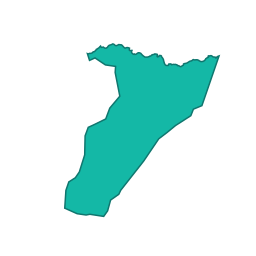 Fray Marcos, Florida, Uruguay (Robinson projection), rotated 199°
{"feature_id": "84410073B87921913847121", "entity_name": "Fray Marcos", "entity_type": "district", "adm_level": 2, "iso_a3": "URY", "parent_name": "Uruguay", "parent_adm1": "Florida", "projection": "robinson", "projection_center": [-55.745, -34.114], "detail": "fine", "context": "isolated", "style": "filled", "palette": "teal", "viewbox_px": 256, "rotation_deg": 199, "n_neighbors": 0, "source": "geoboundaries", "source_scale": "gbopen_adm2", "svg_char_len": 4702}
<svg xmlns="http://www.w3.org/2000/svg" viewBox="0 0 256 256"><g transform="rotate(199 128 128)"><path d="M180.6,196.5L181.1,195.6L181.5,194.5L182.3,193.5L182.9,192.5L183.5,192.2L183.7,191.1L184.3,189.9L184.8,189.1L185.7,188.7L186.2,187.5L187.3,186.5L188.6,186.1L189.7,185.1L190.6,185.1L186.4,179.4L182.0,183.5L169.9,180.3L159.8,182.2L158.2,176.3L146.1,155.4L151.7,140.9L152.0,129.3L162.1,119.2L165.8,115.7L166.0,106.6L160.2,88.5L159.7,70.6L161.6,63.8L166.4,57.8L166.4,48.8L161.7,31.6L148.2,30.4L139.3,32.1L136.0,34.0L122.2,36.5L120.3,43.0L121.0,54.2L115.1,62.4L114.6,66.8L102.4,101.9L95.4,127.8L89.8,136.2L83.8,145.9L72.6,160.1L72.3,167.1L65.4,173.2L65.4,225.6L65.5,225.5L65.8,225.5L65.9,225.4L66.1,225.3L66.2,225.2L66.3,225.0L66.3,224.9L66.4,224.7L66.5,224.6L66.8,224.4L67.0,224.2L67.1,223.9L67.2,223.7L67.3,223.2L67.5,223.0L67.6,222.9L67.8,222.8L68.0,222.9L68.1,223.2L68.2,223.3L68.4,223.3L68.5,223.3L68.8,223.4L69.0,223.4L69.3,223.2L69.7,223.1L69.9,223.0L70.1,223.0L70.3,223.0L70.6,223.0L71.0,223.0L71.3,223.0L71.6,223.2L71.7,223.3L72.2,223.4L72.6,223.5L72.8,223.5L73.2,223.4L73.6,223.2L73.8,223.1L74.3,222.8L74.7,222.6L74.9,222.5L75.3,222.5L75.4,222.4L75.5,222.3L75.6,222.1L75.6,221.9L75.5,221.7L75.4,221.7L75.2,221.5L75.0,221.4L75.1,221.1L75.3,220.7L75.6,220.5L75.7,220.4L75.8,220.3L75.9,220.2L76.1,220.1L76.2,219.9L76.5,219.5L76.8,219.1L77.0,218.9L77.0,218.7L77.1,218.2L77.2,217.7L77.5,217.0L77.7,216.7L77.8,216.5L78.1,216.1L78.7,215.4L78.8,215.3L79.1,215.2L79.3,215.2L79.5,215.0L79.6,214.9L79.8,214.8L80.3,214.7L80.7,214.6L80.9,214.5L81.1,214.5L81.5,214.6L81.9,214.7L82.1,214.7L82.6,214.7L83.0,214.9L83.1,215.0L83.3,215.0L83.5,215.0L83.9,215.0L84.2,215.1L84.6,215.0L84.8,215.0L85.2,214.9L85.3,214.9L85.9,214.6L86.7,214.3L87.0,214.1L87.4,214.0L87.6,214.0L88.0,214.0L88.3,214.0L88.6,213.9L88.8,213.7L89.0,213.4L89.1,213.1L89.3,212.9L89.5,212.5L90.1,212.0L90.8,211.6L91.1,211.4L91.4,211.1L91.6,210.9L91.8,210.7L92.0,210.4L92.1,210.2L92.3,209.9L92.7,209.5L92.9,209.3L93.0,209.1L93.4,208.7L93.6,208.5L93.8,208.3L94.0,208.2L94.4,208.0L94.8,207.7L95.0,207.6L95.6,207.3L95.8,207.2L96.0,207.0L96.1,206.9L96.2,206.7L96.3,206.6L96.2,206.4L96.2,206.0L96.2,205.9L96.2,205.3L96.4,205.2L96.5,205.0L96.8,204.7L97.1,204.3L97.2,204.2L97.5,203.8L97.7,203.5L97.8,203.4L98.0,203.3L98.3,203.2L98.5,203.1L98.9,203.1L99.3,203.2L99.6,203.2L99.8,203.3L100.1,203.4L100.3,203.5L100.5,203.4L100.8,203.3L101.0,203.2L101.4,203.1L101.6,203.1L102.0,203.6L102.4,203.7L102.5,203.7L103.1,203.6L103.3,203.6L103.6,203.6L103.9,203.6L104.0,203.5L104.2,203.4L104.4,203.3L104.6,203.2L104.9,203.2L105.1,203.2L105.5,203.1L106.0,202.8L106.3,202.6L106.9,202.4L107.1,202.3L107.2,202.2L107.3,202.1L107.5,202.0L108.0,202.4L108.1,202.5L108.4,202.5L108.6,202.5L108.8,202.4L109.0,202.2L109.5,202.1L109.9,202.0L110.1,201.9L110.3,201.7L110.3,201.3L110.3,201.2L110.2,200.9L110.2,200.6L110.3,200.4L110.5,200.1L111.0,200.0L111.7,199.7L112.0,199.7L112.3,199.6L112.5,199.6L113.2,199.8L113.6,200.0L114.3,200.7L114.5,200.9L114.6,201.0L114.8,201.2L114.9,201.3L115.0,201.5L115.3,202.0L115.5,202.1L115.6,202.3L115.8,202.6L115.9,202.8L116.0,202.9L116.1,203.1L116.3,203.4L116.5,203.7L116.5,203.8L116.6,204.0L116.8,204.2L116.9,204.3L117.0,204.4L117.1,204.6L117.6,205.0L118.0,205.4L118.2,205.5L118.5,205.7L118.7,205.8L118.9,205.9L119.0,206.0L119.4,206.3L119.7,206.6L119.8,206.7L119.8,206.9L119.9,207.0L120.0,207.0L120.5,207.2L121.2,207.0L121.3,207.0L121.5,207.0L121.8,206.8L122.0,206.7L122.1,206.4L122.1,206.2L122.1,205.9L122.1,205.6L122.3,205.5L122.4,205.4L122.6,205.4L122.9,205.2L123.1,205.1L123.3,205.0L123.4,204.9L123.5,205.0L123.8,205.2L123.9,205.4L124.0,205.6L123.9,205.8L123.9,206.1L123.9,206.4L124.0,206.7L124.1,206.9L124.2,207.0L124.3,207.1L124.5,207.2L124.8,207.2L125.0,207.1L125.3,207.0L125.5,207.0L125.8,206.9L126.1,206.9L126.4,206.9L126.5,206.9L126.9,206.7L127.0,206.6L127.0,206.3L127.2,206.2L127.3,206.1L128.3,205.6L128.5,205.3L128.7,205.1L128.8,205.0L129.0,205.0L129.0,204.9L129.3,204.6L129.5,204.4L129.6,204.2L129.8,203.8L129.9,203.6L130.0,203.4L130.3,203.3L130.5,203.1L130.9,202.8L131.0,202.8L131.0,202.7L131.5,202.2L132.7,201.4L133.7,201.0L135.1,200.6L136.2,200.9L137.7,201.4L139.1,202.1L140.3,202.8L141.8,202.8L142.8,202.5L143.5,201.7L144.2,200.6L145.4,199.8L146.1,200.1L146.8,199.5L147.9,199.8L149.1,200.4L149.5,201.4L149.5,202.6L150.2,202.4L151.2,201.8L152.0,202.0L152.4,203.0L152.6,204.0L154.4,204.0L155.8,203.4L156.6,202.6L157.3,202.6L158.8,203.3L159.8,203.9L161.1,204.5L162.5,204.2L163.9,203.9L165.0,202.7L165.9,202.0L167.0,201.9L168.3,202.5L169.7,202.6L171.0,201.3L172.7,200.1L173.4,198.9L173.8,197.4L174.9,196.2L176.3,196.0L177.6,196.5L179.3,195.6L180.2,196.0L180.6,196.5Z" fill="#14b8a6" stroke="#0f766e" stroke-width="1.5"/></g></svg>